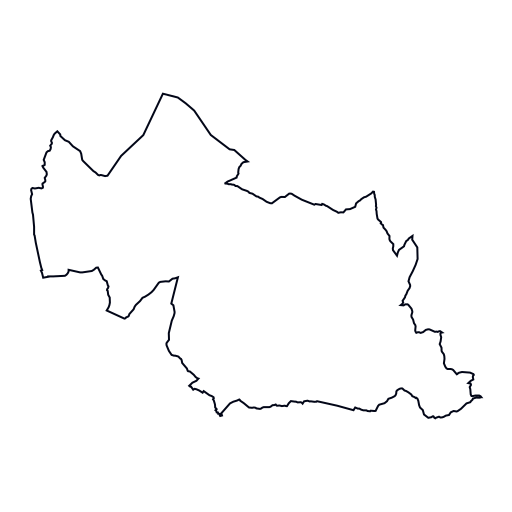 Juan N. Méndez, Puebla, Mexico
{"feature_id": "50627088B59509159162106", "entity_name": "Juan N. Méndez", "entity_type": "district", "adm_level": 2, "iso_a3": "MEX", "parent_name": "Mexico", "parent_adm1": "Puebla", "projection": "mercator", "projection_center": [-97.745, 18.541], "detail": "fine", "context": "isolated", "style": "outline", "palette": "ink", "viewbox_px": 512, "rotation_deg": 0, "n_neighbors": 0, "source": "geoboundaries", "source_scale": "gbopen_adm2", "svg_char_len": 6045}
<svg xmlns="http://www.w3.org/2000/svg" viewBox="0 0 512 512"><path d="M481.3,397.2L480.6,396.3L479.1,395.5L475.6,395.5L472.6,396.1L471.5,396.0L471.1,395.3L470.7,394.3L470.3,389.2L469.7,387.1L471.0,384.9L470.6,383.6L468.3,383.1L470.8,380.8L473.3,379.5L472.8,376.9L473.1,375.7L473.8,374.9L473.4,374.1L470.0,372.6L462.0,372.0L459.1,372.7L457.5,373.6L457.4,374.0L456.8,374.3L453.2,370.0L452.0,369.3L450.6,369.0L447.6,369.0L446.5,368.4L445.3,366.7L443.9,363.3L444.5,358.9L444.3,356.1L443.8,354.2L442.0,351.8L441.6,350.9L441.5,347.7L439.7,344.1L440.6,341.4L441.2,337.2L440.5,335.0L440.4,333.6L441.0,332.7L442.1,332.5L440.2,331.2L439.3,331.2L437.6,331.9L436.7,331.6L434.9,331.8L429.5,329.4L428.1,329.3L425.8,329.9L423.1,332.1L420.6,332.9L419.0,332.2L417.6,332.3L416.3,332.8L415.5,331.6L415.2,330.4L415.6,326.4L415.3,325.1L414.0,323.2L413.1,319.6L411.5,316.9L411.4,315.2L412.3,312.3L412.3,311.3L411.5,308.7L408.3,304.8L407.5,304.3L405.3,304.3L403.6,305.4L400.8,305.1L402.4,303.8L403.2,302.5L402.6,300.8L405.0,297.3L405.4,295.6L406.3,294.3L407.7,290.7L409.5,288.2L410.2,286.1L410.1,284.9L408.5,281.3L409.6,277.2L412.8,271.1L415.6,264.9L417.6,259.0L417.3,247.4L412.2,239.7L412.5,235.9L408.8,238.5L407.9,239.9L406.2,241.1L404.4,244.8L404.0,246.3L399.0,249.9L397.8,252.5L397.0,255.7L393.0,250.2L392.8,248.4L393.3,246.3L393.3,244.1L390.4,241.3L389.8,240.3L389.4,239.0L389.5,236.0L387.5,233.5L386.6,231.2L385.4,229.6L383.5,227.6L383.0,225.1L381.8,224.4L380.7,223.2L381.1,222.6L381.0,222.0L378.2,219.6L377.5,218.6L376.7,213.9L376.5,211.1L376.0,209.5L376.5,207.7L375.9,206.1L376.1,204.9L375.6,199.5L374.8,196.9L374.7,194.9L374.2,193.8L374.0,191.8L373.0,191.6L371.3,193.4L366.1,196.7L364.0,197.3L361.2,199.2L360.1,200.4L358.6,201.2L356.1,203.4L355.2,206.8L350.0,209.1L346.0,209.4L343.4,212.4L340.8,212.3L338.3,212.8L336.8,211.7L333.1,210.0L327.1,206.1L326.0,205.8L323.8,204.4L322.2,203.9L321.6,205.0L315.5,204.0L314.3,204.7L301.8,199.7L294.4,195.6L291.9,193.9L290.9,193.6L289.2,193.6L284.9,197.0L281.3,196.9L279.9,197.4L271.9,203.3L270.2,203.2L266.6,201.8L262.6,199.0L259.4,197.6L258.2,196.7L256.4,196.4L252.5,193.7L249.4,192.9L248.4,191.7L246.9,190.9L242.1,189.3L237.4,186.1L235.5,186.0L234.4,185.0L233.5,184.7L232.0,184.6L230.9,184.2L228.6,184.2L227.2,183.6L225.8,183.6L224.5,183.2L225.4,183.2L227.5,181.6L236.6,177.6L236.8,176.3L238.5,173.6L238.2,172.4L238.6,169.0L239.3,167.1L240.6,165.8L241.5,163.9L243.4,162.2L247.6,161.5L245.4,159.9L234.3,150.0L229.6,149.3L210.8,135.0L194.2,110.6L185.7,103.3L177.8,97.5L162.9,93.7L143.3,135.1L121.1,155.9L107.5,175.7L105.1,176.1L101.5,175.1L100.5,175.0L99.3,175.4L98.0,174.9L95.6,172.5L93.4,171.1L83.2,161.1L82.2,159.8L81.2,153.7L80.1,151.1L72.9,146.3L68.8,141.8L64.9,140.2L60.4,136.0L60.2,134.4L57.3,131.3L54.6,133.7L53.7,135.1L52.9,137.2L51.2,140.3L51.2,141.3L51.9,142.7L51.8,143.7L50.2,145.7L50.9,147.1L50.6,149.0L49.7,150.7L47.8,151.2L46.5,152.4L43.7,159.9L44.7,162.2L44.7,164.9L44.0,165.4L42.5,165.9L42.5,166.3L43.4,167.9L46.5,171.9L46.8,174.2L46.4,175.6L44.7,177.9L45.3,180.1L45.3,181.3L44.7,182.0L42.6,183.5L42.4,184.0L43.0,187.0L42.8,187.8L41.5,188.4L38.7,187.8L34.9,188.5L32.5,188.0L31.5,188.7L31.1,190.1L32.1,194.2L31.2,196.1L30.7,198.8L32.4,212.5L33.0,214.7L34.1,226.9L34.1,234.6L34.6,235.5L35.8,242.8L39.9,262.1L41.3,267.8L42.2,270.1L40.9,270.6L42.0,272.9L43.2,277.7L48.6,276.7L48.5,276.4L53.2,276.4L64.9,275.8L66.4,274.8L67.7,273.3L68.6,271.5L68.6,269.8L80.1,272.4L82.3,272.4L91.8,271.0L93.8,269.8L96.2,267.7L97.9,267.5L101.3,274.6L102.1,275.6L103.3,279.0L105.2,280.5L106.7,281.2L107.9,285.6L108.5,286.3L108.1,287.9L107.2,289.1L107.0,290.1L107.7,290.9L108.2,294.8L109.7,297.5L109.9,302.6L109.4,305.1L108.6,307.3L106.7,310.5L124.4,318.6L125.4,318.3L126.1,317.4L128.2,316.5L128.7,316.0L129.4,314.0L133.6,309.3L134.7,306.6L135.9,304.9L140.0,301.1L142.5,297.8L145.0,296.7L148.4,294.6L151.5,292.2L153.6,290.0L158.8,282.7L160.3,281.9L165.6,281.3L168.9,281.5L172.5,278.7L175.1,278.3L177.9,277.3L171.3,303.6L173.4,305.3L174.6,312.0L174.5,313.3L173.7,316.2L171.8,320.6L168.8,333.1L169.0,339.8L166.7,342.8L166.4,343.8L166.6,345.4L168.9,350.9L171.6,354.9L174.1,355.7L174.9,355.6L177.6,356.3L178.4,356.6L180.3,358.6L181.0,358.9L181.6,360.0L182.2,363.0L186.9,368.5L187.7,370.8L188.1,371.2L189.9,371.5L193.8,374.8L195.6,377.0L197.4,378.3L198.4,378.6L196.4,380.8L192.4,382.7L189.2,385.8L190.3,386.7L191.1,386.7L193.2,389.7L194.6,388.8L196.5,389.3L199.2,390.5L202.6,392.7L203.7,391.1L209.4,395.2L211.6,396.0L213.5,397.2L213.8,398.2L213.0,399.3L213.8,400.4L214.6,403.1L215.0,404.6L215.2,407.5L216.6,409.1L215.5,410.2L216.2,410.8L216.7,412.4L217.9,412.5L218.2,413.8L220.1,413.9L219.8,415.4L220.2,416.0L222.0,415.5L221.3,413.3L230.0,403.4L233.3,401.7L236.9,400.6L239.3,399.5L239.8,399.9L240.2,400.7L243.7,403.1L249.0,407.5L252.1,407.8L253.6,407.5L254.9,407.6L255.8,407.9L256.3,408.4L259.9,408.9L260.8,408.7L262.4,407.6L263.8,407.1L269.4,407.1L270.6,406.7L272.5,405.2L274.2,405.1L275.7,404.5L276.6,405.6L277.3,405.7L279.5,405.5L281.9,406.1L284.7,405.7L286.1,406.1L287.0,406.1L288.8,403.2L290.9,401.1L295.3,401.7L295.8,401.6L297.7,402.4L300.8,402.2L302.0,402.9L302.6,403.6L304.1,401.3L307.5,400.7L309.9,401.5L310.7,401.3L314.3,401.8L316.4,401.7L317.0,401.2L337.2,405.7L353.5,410.2L355.2,407.5L357.8,408.6L359.3,408.6L361.3,409.7L363.3,410.3L366.6,410.4L367.4,411.0L370.1,411.3L370.7,410.7L374.3,411.0L375.6,410.9L378.1,405.9L379.2,404.7L384.5,403.2L387.0,401.2L388.4,398.8L391.7,397.7L394.6,396.2L395.5,395.3L396.2,393.6L396.4,391.3L397.4,390.1L399.6,388.8L401.2,388.4L402.4,388.5L404.5,390.5L406.1,391.0L408.5,392.4L411.3,394.5L412.3,396.2L414.3,397.0L415.7,398.0L416.1,397.7L417.4,398.6L418.3,400.8L419.1,405.1L420.0,407.5L422.8,410.1L424.0,414.5L428.3,417.8L431.4,417.2L432.7,416.3L433.4,416.3L434.4,417.8L435.3,418.3L436.1,417.7L439.0,416.7L440.4,417.5L442.0,417.4L443.6,416.9L445.9,415.6L449.0,415.0L450.8,412.3L453.6,411.0L456.7,411.5L457.8,411.0L461.0,408.8L466.5,403.4L470.3,402.2L470.8,401.3L472.4,399.8L472.9,398.6L476.1,397.6L479.9,397.7L480.5,397.2L481.3,397.2Z" fill="none" stroke="#020617" stroke-width="2"/></svg>